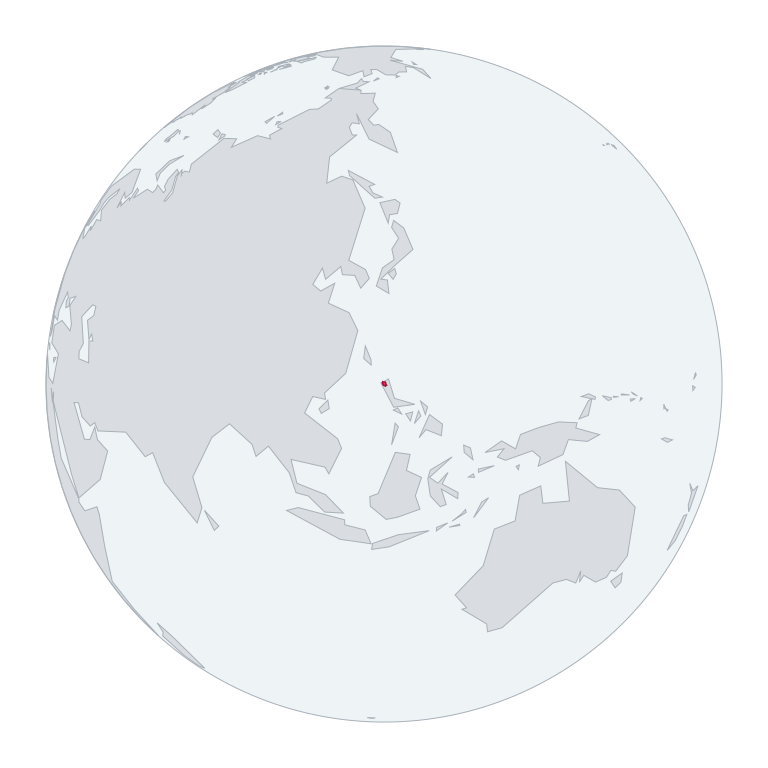 globe centered on Apayao, rotated 331°
{"feature_id": "PHL-2546", "entity_name": "Apayao", "entity_type": "Province", "adm_level": 1, "iso_a3": "PHL", "parent_name": "Philippines", "parent_adm1": "", "projection": "orthographic", "projection_center": [121.11, 18.109], "detail": "fine", "context": "on_globe", "style": "filled", "palette": "rose", "viewbox_px": 768, "rotation_deg": 331, "n_neighbors": 0, "source": "natural_earth", "source_scale": "10m", "svg_char_len": 10848}
<svg xmlns="http://www.w3.org/2000/svg" viewBox="0 0 768 768"><g transform="rotate(331 384 384)"><circle cx="384" cy="384" r="338" fill="#eef3f6" stroke="#a8b0b8"/><path d="M662.0,525.0L661.6,527.1L661.3,527.5L662.0,525.0ZM581.8,110.0L582.6,110.7L556.5,97.1L548.3,101.8L557.0,110.9L546.3,103.8L570.4,127.5L573.2,139.6L563.1,121.6L556.7,116.6L555.1,122.0L548.3,118.3L543.5,119.1L535.5,114.5L530.2,105.5L524.9,102.6L524.1,106.8L515.5,105.6L517.4,99.7L502.6,97.3L491.0,84.2L502.8,76.2L489.6,68.8L483.5,61.6L477.2,59.9L470.9,57.5L461.3,55.1L462.6,55.3L488.0,62.5L512.8,71.6L536.8,82.6L559.8,95.4L581.8,110.0ZM460.3,54.8L453.8,53.4L454.2,53.7L450.3,53.1L444.7,52.0L445.7,51.8L448.7,52.4L446.1,51.8L447.6,52.1L460.3,54.8ZM444.5,51.5L444.4,51.5L444.5,51.5ZM701.4,291.6L698.7,284.7L700.8,286.9L701.4,291.6ZM696.6,282.0L697.6,284.0L696.7,282.6L696.6,282.0ZM695.7,282.0L696.3,282.0L695.9,282.8L695.7,282.0ZM694.7,283.0L695.1,282.1L695.2,282.5L694.7,283.0ZM692.2,282.2L691.5,281.8L691.6,280.2L692.2,282.2ZM587.2,114.0L584.1,111.9L582.5,110.5L587.2,114.0ZM575.9,107.9L573.3,105.6L581.4,110.7L580.4,110.4L575.9,107.9ZM564.8,118.9L564.8,116.0L567.2,120.3L564.8,118.9ZM544.3,120.1L546.5,122.3L543.1,121.9L544.3,120.1ZM527.7,114.7L521.6,113.9L526.9,113.1L527.7,114.7ZM517.4,112.4L502.7,111.5L506.4,115.9L487.9,103.7L506.5,107.9L512.4,106.0L512.7,109.4L517.4,112.4ZM456.7,54.3L456.1,53.9L461.9,55.4L456.7,54.3ZM461.4,55.5L484.6,62.7L482.7,63.4L475.3,60.5L477.0,63.0L464.7,59.6L461.0,57.6L464.6,57.6L457.1,56.4L461.4,55.5ZM480.0,97.6L475.6,96.4L479.2,96.0L480.0,97.6ZM449.2,53.0L454.1,54.1L452.8,54.7L442.8,52.6L446.4,53.0L449.2,53.0ZM483.5,65.5L480.8,66.0L470.1,63.3L467.6,63.3L464.3,59.6L483.5,65.5ZM443.9,52.4L437.8,51.7L433.3,50.6L444.4,52.1L443.9,52.4ZM456.6,55.8L455.5,56.1L452.9,55.2L456.6,55.8ZM413.8,47.5L419.6,48.2L419.5,48.4L413.8,47.5ZM435.8,51.6L437.4,52.0L438.0,52.3L433.2,51.8L435.8,51.6ZM456.9,58.3L453.0,57.3L457.7,59.6L449.9,58.2L449.1,56.2L446.1,56.5L443.7,56.1L445.8,55.1L456.9,58.3ZM430.1,52.4L426.4,50.4L415.6,48.8L415.4,48.4L432.8,51.1L430.1,52.4ZM439.1,54.0L433.5,52.8L436.2,52.6L441.7,53.2L439.1,54.0ZM444.8,58.1L457.1,60.7L456.9,61.1L444.8,58.1ZM426.4,51.9L427.4,52.5L425.3,51.8L426.4,51.9ZM438.6,56.1L443.0,56.8L442.6,57.2L438.6,56.1ZM425.7,53.3L424.5,52.4L428.2,52.7L425.7,53.3ZM431.2,54.6L429.6,55.0L430.2,53.3L433.2,54.8L431.2,54.6ZM437.5,56.4L438.7,56.9L435.7,56.0L437.5,56.4ZM412.4,53.2L412.3,51.0L420.5,51.4L419.4,53.4L412.4,53.2ZM100.0,200.8L104.0,195.1L94.2,215.7L94.6,222.9L113.9,199.7L113.4,187.1L124.1,172.9L133.2,172.3L135.2,185.3L139.5,180.3L147.2,163.1L156.9,158.0L151.0,156.8L146.5,163.2L142.7,163.1L146.5,157.3L149.8,155.4L151.8,150.2L135.6,162.1L129.4,169.9L128.9,164.6L118.5,177.6L115.1,180.7L131.5,160.2L136.9,154.5L159.7,131.4L154.0,136.4L177.1,116.9L201.7,99.4L199.1,101.3L214.6,92.4L215.0,92.8L205.7,97.6L197.6,102.8L191.3,110.6L193.9,110.0L204.5,104.0L201.4,107.6L212.5,100.9L215.3,103.9L221.1,95.1L233.7,89.5L242.5,88.2L247.7,85.2L233.4,87.4L226.7,90.0L219.3,94.4L202.2,102.0L201.5,101.1L223.5,88.4L225.0,86.4L241.4,78.8L269.9,75.1L275.2,78.2L256.4,94.3L247.7,96.0L250.1,90.7L235.9,100.5L242.8,97.2L240.2,100.7L251.6,97.5L250.4,99.9L263.4,93.2L263.1,95.8L254.9,100.0L271.5,99.0L274.4,104.4L278.8,103.1L282.6,100.3L283.8,109.8L287.0,108.5L287.8,104.8L294.7,100.1L307.2,96.0L306.9,99.5L302.4,101.4L292.4,111.5L280.3,117.1L281.5,118.2L291.9,114.3L304.1,101.9L311.7,98.5L307.1,104.1L309.4,101.8L313.1,101.3L316.5,104.3L322.1,98.3L363.2,91.6L374.0,98.1L365.3,103.0L393.8,105.5L403.7,114.7L404.4,110.9L418.5,111.0L415.6,108.0L417.0,106.3L452.0,107.7L460.0,111.6L475.9,110.1L476.3,108.5L471.3,105.3L487.9,103.7L506.4,115.9L504.6,118.8L517.4,125.4L511.4,131.6L512.4,140.6L498.4,145.1L500.5,152.7L505.3,154.5L511.6,167.0L508.0,188.0L489.7,162.6L491.0,134.2L488.6,144.5L482.8,140.1L478.1,142.7L477.0,150.8L480.7,153.0L446.5,159.0L431.3,180.6L447.7,181.7L455.7,190.4L452.7,221.1L413.1,258.8L423.3,274.9L422.4,284.5L410.1,288.9L411.1,274.8L400.7,268.3L403.1,260.3L383.7,264.1L386.4,252.8L370.0,262.3L373.7,272.0L389.8,272.0L374.5,286.3L388.0,304.6L387.0,324.6L355.7,356.1L327.6,363.0L325.4,369.1L315.6,360.4L300.5,370.8L316.9,409.4L315.7,419.7L292.2,435.8L292.1,428.1L266.1,404.9L259.7,428.6L279.2,452.4L285.9,477.2L270.1,467.3L263.5,445.3L254.4,436.4L258.1,415.5L252.8,382.3L237.0,385.3L239.3,372.7L229.6,343.9L207.6,347.2L171.7,372.5L164.8,403.9L153.3,414.9L144.2,363.6L148.4,331.9L139.9,331.8L134.8,300.9L111.1,286.4L112.3,277.5L106.8,278.4L104.0,266.3L107.7,252.3L103.9,249.9L95.2,287.1L99.9,290.0L110.2,281.3L106.4,293.7L109.8,308.7L89.5,329.9L61.9,335.7L67.0,311.4L86.4,238.6L90.1,232.7L90.5,231.9L91.3,230.5L85.0,239.5L91.0,226.2L72.3,273.5L65.7,292.5L61.4,336.8L59.9,339.4L60.9,349.9L73.4,352.2L71.8,359.9L61.1,390.3L50.6,424.9L56.5,460.8L63.3,488.8L64.7,494.5L57.2,470.1L51.7,445.2L48.0,420.0L46.2,394.5L46.4,369.0L48.5,343.6L52.5,318.4L58.4,293.6L66.1,269.3L75.7,245.7L87.0,222.8L100.0,200.8ZM153.6,136.8L132.0,159.3L134.7,156.0L127.5,164.0L130.5,160.6L135.0,155.6L136.7,153.7L153.6,136.8ZM129.4,214.0L135.9,222.3L146.8,203.3L150.2,205.3L152.6,198.5L147.5,202.0L155.6,184.5L163.3,183.5L169.6,176.5L167.7,173.5L152.3,178.5L140.6,202.9L133.2,207.6L129.4,214.0ZM293.4,58.4L289.6,59.6L283.0,61.5L293.4,58.4ZM430.0,49.2L440.3,50.8L437.6,50.8L431.2,50.1L426.7,49.4L429.9,49.5L421.6,48.7L422.8,48.4L416.5,47.8L410.2,47.1L430.0,49.2ZM378.0,46.1L376.6,46.2L383.6,46.8L397.6,47.3L400.5,48.0L394.1,47.8L401.4,48.7L391.4,49.1L393.2,49.8L385.1,51.4L371.8,51.5L374.9,52.3L368.9,54.2L357.6,54.9L363.2,53.1L346.8,55.6L347.8,53.6L345.9,54.0L342.4,53.1L334.7,53.1L336.7,52.2L332.8,52.6L330.4,52.4L325.8,52.9L327.9,51.7L322.4,52.4L326.5,51.6L316.5,53.2L324.8,51.6L322.5,51.8L315.6,53.3L321.5,51.9L349.6,47.8L378.0,46.1ZM409.7,53.6L393.6,53.0L386.2,52.0L403.4,49.9L403.1,49.2L413.8,48.8L424.2,50.6L420.2,50.4L418.7,50.8L416.1,50.0L417.1,50.9L411.6,50.9L410.9,51.8L405.8,51.2L409.7,53.6ZM205.7,98.0L205.6,98.6L202.9,100.2L199.8,101.8L205.7,98.0ZM309.2,65.5L313.5,63.7L315.2,63.8L327.2,61.4L327.4,63.2L320.2,65.4L309.2,65.5ZM110.0,201.9L105.9,204.6L107.6,201.0L108.6,200.8L110.0,201.9ZM111.9,185.6L108.2,192.3L110.6,187.2L111.9,185.6ZM311.4,67.1L316.3,65.7L313.3,67.6L311.4,67.1ZM328.1,64.5L325.8,66.5L328.8,63.2L328.1,64.5ZM207.6,667.6L214.6,671.9L211.2,670.6L207.6,667.6ZM76.4,502.0L89.4,545.7L85.5,541.0L77.8,525.1L68.3,497.0L70.6,494.0L69.8,482.9L76.4,502.0ZM371.5,540.8L382.1,543.1L381.7,544.5L371.5,540.8ZM360.5,534.9L372.4,536.4L358.6,537.9L360.5,534.9ZM377.1,537.0L389.2,535.1L394.5,533.2L393.6,536.1L377.1,537.0ZM352.5,534.2L309.6,528.9L293.0,522.7L296.7,517.9L323.7,522.8L352.5,534.2ZM295.3,517.5L270.2,498.5L237.5,447.4L249.1,450.5L283.7,483.7L281.4,488.1L296.7,502.5L295.3,517.5ZM357.2,497.0L354.8,510.9L331.0,507.0L320.3,503.5L312.8,484.3L317.0,475.6L325.7,477.0L360.7,449.3L372.7,458.2L361.7,470.5L371.5,483.9L357.2,497.0ZM165.7,407.4L170.6,428.3L164.6,429.7L165.7,407.4ZM375.8,428.4L361.1,440.9L374.8,423.6L375.8,428.4ZM384.4,411.6L384.9,418.8L379.5,411.3L384.4,411.6ZM324.2,378.9L314.9,379.3L315.1,374.2L327.1,370.8L324.2,378.9ZM386.1,341.7L384.4,356.4L382.0,361.2L378.6,351.9L386.1,341.7ZM319.8,87.1L302.8,87.8L290.7,91.0L284.1,96.3L286.2,89.8L304.9,84.9L319.8,87.1ZM357.9,90.4L363.6,86.7L366.1,88.8L365.1,89.9L357.9,90.4ZM357.9,87.8L355.7,82.6L362.1,81.0L362.6,85.3L357.9,87.8ZM332.8,73.0L327.8,72.9L330.3,71.2L332.8,73.0ZM582.3,644.5L585.6,644.9L575.9,653.2L562.8,662.1L551.0,666.8L582.3,644.5ZM487.3,674.3L486.7,666.4L500.7,664.8L495.1,672.2L487.3,674.3ZM591.4,637.4L600.1,628.5L603.3,619.1L602.4,627.1L609.3,625.2L588.5,643.6L591.4,637.4ZM435.1,639.9L369.1,654.4L354.4,650.9L357.5,643.7L343.0,618.8L347.7,619.8L343.9,603.0L382.6,591.1L410.1,564.4L432.3,567.3L448.7,547.1L471.7,549.1L465.1,565.4L489.4,576.3L505.2,539.6L520.5,578.2L538.4,590.8L544.0,613.5L513.6,652.2L495.8,660.1L492.1,657.0L484.8,660.9L473.0,659.8L466.0,648.2L458.8,652.0L465.5,642.9L455.2,651.0L448.8,643.3L435.1,639.9ZM600.1,566.6L603.6,567.2L609.2,572.7L603.6,572.4L600.1,566.6ZM653.1,535.2L654.6,537.8L651.0,539.5L653.1,535.2ZM661.3,527.5L657.0,530.1L662.0,525.0L661.3,527.5ZM618.2,542.0L620.0,544.1L618.5,545.2L618.2,542.0ZM616.8,541.4L618.9,537.3L618.6,541.2L616.8,541.4ZM600.0,522.6L602.0,520.4L603.0,521.8L600.0,522.6ZM397.6,544.4L412.2,534.6L420.3,534.2L397.6,544.4ZM596.8,518.6L591.5,518.8L592.1,516.6L596.8,518.6ZM597.1,513.7L596.5,510.7L599.9,517.4L597.1,513.7ZM586.9,507.8L593.4,512.6L586.1,508.6L586.9,507.8ZM583.0,508.9L578.3,506.9L578.6,505.9L583.0,508.9ZM530.4,515.5L548.0,532.8L534.0,532.8L518.3,522.0L506.3,532.5L479.0,530.6L485.1,524.2L481.3,514.3L453.3,509.6L447.7,502.8L457.6,498.8L439.2,492.9L459.3,490.8L467.6,504.5L479.0,494.3L498.8,497.2L518.3,501.8L534.1,511.5L530.4,515.5ZM459.6,520.1L463.1,520.3L460.0,524.1L459.6,520.1ZM569.3,500.1L576.1,506.2L575.3,507.8L572.0,507.0L569.3,500.1ZM537.7,509.1L554.7,497.7L558.7,497.7L547.5,510.5L537.7,509.1ZM550.5,490.6L558.4,491.9L562.7,498.0L561.0,499.7L550.5,490.6ZM418.6,505.9L417.9,509.5L412.7,506.3L418.6,505.9ZM425.3,504.1L440.9,508.9L423.9,507.1L425.3,504.1ZM378.5,487.7L383.0,496.9L397.1,492.4L386.3,499.6L396.1,514.8L392.9,520.0L383.2,503.6L380.0,519.5L373.8,518.6L370.2,504.5L376.4,488.1L382.7,481.7L408.3,480.8L378.5,487.7ZM425.1,493.3L421.0,482.7L424.1,476.0L428.6,481.8L425.1,493.3ZM409.1,457.0L398.6,444.2L388.7,448.0L409.0,432.8L415.7,447.5L409.1,457.0ZM400.7,429.9L391.4,433.3L401.2,424.3L400.7,429.9ZM389.2,429.1L388.5,420.6L395.6,422.3L389.2,429.1ZM405.4,430.7L407.7,416.6L411.0,425.2L405.4,430.7ZM386.2,401.6L401.1,416.7L381.2,409.0L381.8,381.7L390.4,381.8L386.2,401.6ZM442.7,296.9L441.3,289.3L449.4,288.2L448.1,293.7L442.7,296.9ZM474.6,280.3L451.1,285.5L432.1,290.8L437.4,294.7L432.2,307.2L424.8,294.6L438.9,281.7L453.2,280.1L456.3,269.8L467.4,263.7L466.6,250.7L471.8,245.6L476.9,257.2L474.6,280.3ZM465.7,245.3L468.3,223.4L483.0,227.8L485.8,233.5L478.4,241.4L471.0,238.6L465.7,245.3ZM473.2,219.7L466.1,217.1L455.0,185.2L456.3,179.9L472.6,204.9L466.8,203.9L466.9,211.4L473.2,219.7ZM476.4,98.4L475.7,96.6L479.0,98.4L476.4,98.4ZM415.1,104.7L417.6,102.8L421.3,104.5L415.1,104.7ZM426.5,98.6L420.6,97.9L427.0,97.1L426.5,98.6ZM407.2,96.9L418.2,96.9L407.5,99.1L407.2,96.9Z" fill="#d9dde1" stroke="#a8b0b8" stroke-width="1"/><path d="M383.0,384.8L383.1,384.7L383.0,384.2L383.1,383.9L383.3,383.7L383.2,383.5L383.1,383.4L382.9,383.3L382.9,383.2L383.0,383.1L383.1,382.9L383.1,382.7L383.1,382.4L383.1,382.1L383.3,382.0L383.4,381.9L383.5,381.8L383.6,381.7L383.8,381.5L383.9,381.8L384.1,381.9L384.7,382.1L384.9,382.2L385.9,382.9L386.1,383.0L386.1,383.3L386.1,383.5L386.0,383.8L386.0,384.1L385.5,385.0L385.4,385.3L385.2,385.5L385.3,385.8L385.5,385.8L385.7,386.0L385.8,386.3L385.0,386.4L384.6,386.5L384.1,386.5L384.1,386.4L384.0,385.9L384.0,385.7L383.9,385.6L383.6,385.6L383.4,385.4L383.3,385.1L383.2,384.9L383.0,384.8Z" fill="#f43f5e" stroke="#9f1239" stroke-width="1.5"/></g></svg>